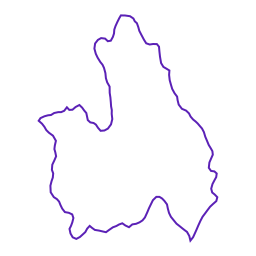 Lontra, Minas Gerais, Brazil
{"feature_id": "56859067B10787235242690", "entity_name": "Lontra", "entity_type": "district", "adm_level": 2, "iso_a3": "BRA", "parent_name": "Brazil", "parent_adm1": "Minas Gerais", "projection": "equal_earth", "projection_center": [-44.273, -15.841], "detail": "fine", "context": "isolated", "style": "outline", "palette": "violet", "viewbox_px": 256, "rotation_deg": 0, "n_neighbors": 0, "source": "geoboundaries", "source_scale": "gbopen_adm2", "svg_char_len": 2418}
<svg xmlns="http://www.w3.org/2000/svg" viewBox="0 0 256 256"><path d="M125.1,15.5L120.9,15.4L119.3,18.1L117.3,22.1L115.5,26.1L114.3,29.6L114.0,33.5L112.9,36.9L110.8,40.7L107.8,41.2L105.1,38.6L101.1,38.1L97.9,39.9L95.1,43.5L94.4,48.6L95.8,53.8L97.6,57.6L100.3,62.0L102.5,64.7L104.0,67.9L105.4,73.1L105.9,78.2L107.2,82.4L109.6,86.6L109.7,92.9L110.4,97.5L110.8,102.1L111.1,106.4L111.8,110.1L111.7,113.9L112.3,119.1L111.0,124.4L107.9,128.6L104.4,130.5L100.6,130.8L98.0,127.8L95.9,124.6L93.6,123.0L90.3,122.4L87.8,120.1L87.1,116.8L86.3,113.0L84.1,110.4L82.2,107.7L79.4,105.0L75.6,107.0L72.5,109.7L69.3,109.9L66.9,107.3L64.2,110.8L61.2,112.1L58.4,112.1L54.2,113.0L51.0,115.0L48.0,115.3L44.4,116.3L40.5,118.1L38.7,120.8L42.0,123.7L44.4,126.8L46.3,130.1L48.9,132.7L53.0,135.7L55.9,140.8L54.8,145.7L54.4,149.1L55.3,152.3L56.1,156.3L54.3,160.5L52.3,164.7L51.9,169.8L53.2,173.4L52.8,177.6L51.6,181.0L50.4,185.7L50.7,192.3L53.8,197.1L56.9,199.1L59.1,201.6L60.5,205.1L62.2,208.6L64.9,212.1L68.8,212.8L72.2,214.4L73.4,218.0L72.3,222.4L71.0,225.9L69.5,228.9L70.5,233.5L72.7,237.3L76.3,238.9L79.9,237.0L82.9,234.3L85.3,232.1L87.2,228.6L89.7,225.9L91.8,227.7L94.8,229.9L99.1,230.6L102.9,231.5L106.0,232.2L109.0,230.0L112.9,227.3L116.4,226.0L119.0,224.5L122.3,223.3L125.4,225.5L129.0,227.2L132.3,224.4L136.1,223.8L139.6,222.3L142.5,220.4L144.9,217.5L147.2,212.5L149.0,208.2L150.6,204.9L152.9,200.2L156.3,196.9L159.5,196.9L162.1,198.5L164.4,200.9L167.0,204.4L167.8,208.4L169.0,212.9L170.9,216.8L173.4,219.9L176.5,223.7L179.7,226.2L182.4,228.4L184.7,230.2L187.0,231.9L189.3,236.0L190.4,240.6L193.1,237.2L194.8,233.5L196.5,229.7L198.3,225.5L200.4,220.9L202.6,216.7L204.8,213.8L207.3,210.4L210.1,206.7L213.0,204.0L216.3,201.1L217.3,197.2L214.7,194.5L212.2,192.5L211.2,188.7L212.5,184.0L214.6,180.0L216.2,177.1L216.7,173.5L214.4,171.4L211.0,170.9L208.8,167.8L209.4,162.5L211.2,158.3L212.8,154.7L212.4,151.2L210.9,148.5L208.7,144.9L206.8,140.3L205.3,136.8L203.9,132.1L202.0,128.5L199.9,126.1L197.7,123.5L195.6,121.5L193.1,119.5L190.6,116.6L189.0,113.4L186.1,110.6L181.9,108.8L178.7,104.6L177.6,100.2L177.1,96.6L174.6,93.3L172.2,88.9L171.0,84.9L169.7,80.2L169.1,74.9L169.4,70.5L166.8,68.9L163.4,66.9L161.1,63.1L160.0,56.7L159.4,51.3L159.0,46.7L156.9,44.1L153.1,44.0L149.7,44.5L146.2,43.3L143.9,39.6L141.4,34.9L139.3,30.8L138.3,27.1L136.9,23.2L134.8,21.3L133.4,18.5L130.0,16.2L125.1,15.5Z" fill="none" stroke="#5b21b6" stroke-width="2"/></svg>